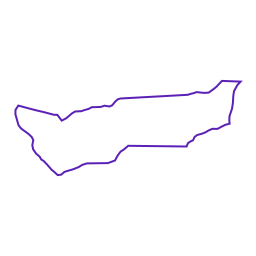 outline of Américo Brasiliense, São Paulo, Brazil
{"feature_id": "56859067B22191698806388", "entity_name": "Américo Brasiliense", "entity_type": "district", "adm_level": 2, "iso_a3": "BRA", "parent_name": "Brazil", "parent_adm1": "São Paulo", "projection": "albers", "projection_center": [-48.034, -21.724], "detail": "fine", "context": "isolated", "style": "outline", "palette": "violet", "viewbox_px": 256, "rotation_deg": 0, "n_neighbors": 0, "source": "geoboundaries", "source_scale": "gbopen_adm2", "svg_char_len": 1114}
<svg xmlns="http://www.w3.org/2000/svg" viewBox="0 0 256 256"><path d="M240.6,81.6L221.9,80.9L216.7,86.5L214.2,88.6L208.7,92.6L204.5,92.9L200.9,92.6L196.5,92.1L193.9,93.1L190.5,93.9L187.8,94.8L120.5,98.5L117.8,99.3L115.0,101.8L112.3,105.2L109.7,106.5L104.5,105.7L100.9,106.9L96.0,107.1L92.1,107.1L88.6,108.9L84.7,110.0L81.3,111.2L75.2,111.5L71.8,113.5L66.2,118.3L61.7,120.6L57.3,114.8L54.0,114.8L44.2,112.2L35.6,110.2L18.3,105.6L15.5,109.9L15.4,114.2L18.5,125.2L21.0,128.4L23.5,130.3L28.6,134.0L31.7,137.0L33.3,140.1L32.3,145.1L33.1,149.2L36.0,153.5L39.7,156.7L41.2,159.4L43.7,161.0L47.3,164.8L49.7,167.5L51.5,169.7L53.8,171.5L57.7,175.1L61.3,174.6L64.4,171.9L68.2,170.7L73.1,169.3L78.8,167.0L82.2,164.9L86.9,163.4L100.7,163.2L107.9,163.1L115.0,160.5L117.8,155.3L120.6,151.6L124.1,149.3L128.2,145.8L186.6,146.5L187.9,143.2L190.6,141.4L193.1,140.2L194.5,137.1L197.0,135.1L202.6,133.5L205.7,132.2L208.3,130.6L212.4,128.8L217.5,128.9L221.7,126.6L225.4,124.8L229.6,123.7L229.3,120.2L229.5,116.1L232.0,108.8L232.9,102.9L233.3,96.0L234.0,91.2L237.4,85.0L240.6,81.6Z" fill="none" stroke="#5b21b6" stroke-width="2"/></svg>